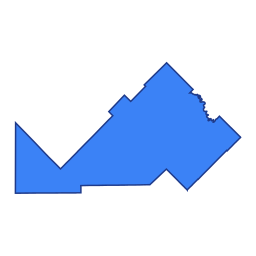 Libertad, Chaco, Argentina (orthographic projection)
{"feature_id": "61730980B99039131308999", "entity_name": "Libertad", "entity_type": "district", "adm_level": 2, "iso_a3": "ARG", "parent_name": "Argentina", "parent_adm1": "Chaco", "projection": "orthographic", "projection_center": [-59.148, -27.313], "detail": "fine", "context": "isolated", "style": "filled", "palette": "blue", "viewbox_px": 256, "rotation_deg": 0, "n_neighbors": 0, "source": "geoboundaries", "source_scale": "gbopen_adm2", "svg_char_len": 4830}
<svg xmlns="http://www.w3.org/2000/svg" viewBox="0 0 256 256"><path d="M80.9,192.8L80.9,192.5L80.9,192.0L80.9,191.7L80.9,190.9L80.9,190.1L80.9,188.7L80.9,187.3L80.8,185.8L80.8,185.6L89.2,185.4L97.5,185.4L102.6,185.3L107.6,185.2L110.9,185.2L114.3,185.2L117.8,185.2L121.2,185.1L121.9,185.1L123.4,185.1L124.4,185.1L128.7,185.0L131.2,185.0L131.3,185.0L134.7,185.0L138.0,184.9L139.8,184.9L143.2,184.8L148.3,184.7L149.1,184.7L149.9,184.7L150.8,183.8L151.7,183.0L159.1,176.0L161.5,173.7L166.4,169.1L166.6,169.3L167.1,169.8L168.1,170.8L169.1,171.7L169.1,171.8L170.4,173.1L171.6,174.3L172.9,175.6L174.2,176.9L174.3,176.9L174.5,177.2L175.6,178.3L176.8,179.5L178.1,180.8L179.3,182.1L179.8,182.6L180.6,183.4L182.0,184.8L182.7,185.5L184.0,186.7L184.6,187.4L185.3,188.1L186.7,189.4L187.2,190.0L187.2,189.9L188.5,188.6L189.9,187.2L191.2,186.0L192.4,184.8L192.4,184.7L193.8,183.3L195.1,182.0L195.2,181.9L195.8,181.3L196.2,180.9L196.5,180.7L197.1,180.0L197.8,179.3L197.9,179.5L198.0,179.5L200.5,176.9L203.1,174.2L207.1,170.2L209.0,168.3L212.8,164.4L218.6,158.5L219.0,158.1L221.5,155.6L223.1,154.0L224.1,153.0L224.2,152.9L225.4,151.7L226.7,150.3L227.1,150.6L227.2,150.8L227.4,150.6L228.3,149.7L228.7,149.3L229.9,148.0L230.0,148.0L230.2,147.8L231.0,147.0L231.3,146.7L231.6,146.4L232.6,145.4L233.2,144.7L235.2,142.7L235.5,142.4L235.8,142.2L236.5,141.5L236.6,141.3L237.3,140.7L237.9,140.1L238.3,139.7L238.6,139.3L239.4,138.6L239.7,138.3L240.1,137.9L240.2,137.7L240.4,137.6L240.6,137.4L240.5,137.2L240.3,137.0L240.3,136.9L240.1,136.8L239.8,136.4L239.5,136.2L231.5,128.2L230.1,126.9L219.4,116.2L217.2,118.6L217.1,118.8L216.7,118.8L216.4,119.0L216.2,119.0L215.7,119.6L215.5,119.9L215.3,120.3L215.3,120.7L215.2,120.8L214.9,121.0L214.5,121.2L214.4,121.3L214.3,121.6L214.1,121.9L213.9,122.1L213.5,122.2L213.2,122.2L213.3,121.8L213.4,121.0L213.4,120.8L213.4,120.4L213.5,120.0L213.5,119.7L213.2,119.6L213.0,119.9L212.8,120.3L212.5,120.5L212.3,120.7L211.9,120.8L211.7,120.7L211.3,120.4L211.2,120.2L211.1,119.9L210.9,119.7L211.2,119.3L211.1,118.9L210.8,118.7L210.6,118.9L210.3,118.8L209.9,118.8L209.8,119.2L209.8,119.6L209.8,119.8L209.6,120.1L209.4,120.3L209.2,120.5L208.9,120.5L208.6,120.7L208.3,120.7L208.1,120.5L208.2,120.2L208.2,119.9L208.4,119.6L208.4,119.3L208.7,119.1L208.7,118.9L208.8,118.6L208.4,118.2L207.8,117.9L207.3,117.5L207.0,117.3L206.9,116.8L206.6,116.1L206.9,115.8L207.5,115.7L208.0,115.2L208.3,115.1L208.3,114.9L207.9,114.7L207.5,114.4L206.9,114.5L206.6,114.5L206.3,114.4L206.0,113.9L206.1,113.4L206.1,112.9L206.1,112.6L206.3,112.1L206.5,112.0L206.7,111.8L206.8,111.4L206.2,111.2L205.8,111.3L205.4,111.4L204.8,111.4L204.5,111.3L204.0,111.0L203.8,110.8L203.6,110.2L203.5,109.5L203.5,108.8L203.6,108.4L203.9,108.1L204.2,108.0L204.5,107.7L204.6,107.2L204.4,107.1L204.2,106.9L203.9,106.5L203.7,106.0L203.6,105.7L203.5,105.0L203.7,104.8L204.1,104.6L204.3,104.5L204.8,104.1L205.1,103.7L205.0,103.0L204.9,102.7L204.6,102.3L204.3,102.2L203.8,101.9L203.4,102.0L202.9,101.9L202.6,101.9L202.4,101.9L202.2,101.8L201.8,101.8L201.6,102.0L201.3,102.1L201.1,102.2L200.7,102.1L200.3,102.0L200.0,101.4L199.9,101.0L200.2,100.9L200.4,100.8L200.9,100.5L201.2,100.4L201.7,100.2L202.0,99.8L202.0,99.4L201.8,99.1L201.7,98.8L201.5,98.5L201.2,98.4L201.1,98.6L200.9,99.0L200.5,99.2L200.2,99.4L200.0,99.2L199.8,99.0L199.5,98.8L199.3,98.3L199.3,97.9L199.5,97.7L199.8,97.4L199.9,97.2L200.1,97.3L200.4,97.1L200.4,96.9L200.4,96.6L200.4,96.3L200.3,96.0L199.9,95.6L199.6,95.5L199.7,95.8L199.7,96.1L199.5,96.3L199.4,96.6L199.1,96.5L198.9,96.4L198.9,96.7L198.8,97.0L198.8,97.3L198.8,97.9L198.5,98.0L198.4,97.7L198.3,97.4L198.2,97.1L198.2,96.9L198.1,96.6L198.0,96.3L198.1,96.0L198.2,95.8L198.2,95.4L197.4,94.6L197.2,94.9L196.2,95.1L195.5,94.8L195.6,94.6L195.4,94.6L195.1,94.7L194.9,94.7L194.5,94.7L194.2,94.6L193.9,94.3L193.6,94.1L193.1,94.0L192.9,94.0L192.6,93.8L192.5,93.7L192.3,93.5L192.1,93.4L191.9,93.2L191.6,92.9L191.2,92.7L191.0,92.8L190.7,92.7L190.5,92.9L190.2,92.9L189.8,92.9L190.3,92.4L190.9,91.7L193.1,89.4L191.6,88.0L169.1,65.3L166.6,62.8L163.6,65.8L146.2,82.9L144.2,84.9L145.3,86.0L145.6,86.3L145.1,86.8L132.0,100.2L131.1,101.0L130.7,101.4L129.0,99.7L124.4,95.2L121.7,98.0L116.5,103.5L108.8,111.6L111.4,114.3L112.8,115.7L110.4,118.2L108.6,119.9L92.8,136.2L90.9,138.1L89.4,139.6L88.9,140.1L88.4,140.6L85.8,143.2L80.1,149.0L77.7,151.4L77.7,151.5L75.5,153.8L74.6,154.7L71.5,157.8L70.5,158.9L70.2,159.2L66.0,163.3L64.3,165.1L60.5,168.9L60.4,168.8L56.8,165.1L54.2,162.5L48.9,157.3L47.9,156.3L47.7,156.0L45.9,154.2L34.6,142.3L15.6,122.8L15.4,192.4L15.4,193.2L37.9,193.0L46.0,193.0L54.0,193.0L62.7,192.9L64.4,192.9L68.1,192.9L70.3,192.9L71.5,192.9L72.6,192.9L73.5,192.9L74.6,192.9L75.6,192.9L76.2,192.9L76.7,192.8L77.4,192.8L77.9,192.8L78.7,192.8L79.4,192.8L79.8,192.8L80.1,192.8L80.5,192.8L80.9,192.8L80.9,192.8Z" fill="#3b82f6" stroke="#1e3a8a" stroke-width="1.5"/></svg>